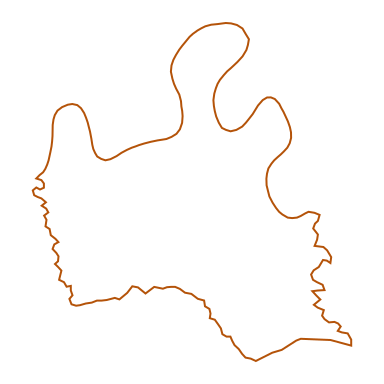 the district of Alpestre, Rio Grande do Sul, Brazil
{"feature_id": "56859067B81551762900841", "entity_name": "Alpestre", "entity_type": "district", "adm_level": 2, "iso_a3": "BRA", "parent_name": "Brazil", "parent_adm1": "Rio Grande do Sul", "projection": "orthographic", "projection_center": [-53.064, -27.203], "detail": "fine", "context": "isolated", "style": "outline", "palette": "amber", "viewbox_px": 384, "rotation_deg": 0, "n_neighbors": 0, "source": "geoboundaries", "source_scale": "gbopen_adm2", "svg_char_len": 3169}
<svg xmlns="http://www.w3.org/2000/svg" viewBox="0 0 384 384"><path d="M248.9,39.2L245.7,34.0L242.5,28.5L237.0,25.0L231.1,23.4L225.8,23.0L221.9,23.5L217.4,24.1L211.2,24.7L205.3,26.3L201.3,28.3L197.5,30.5L192.8,33.9L189.6,36.8L185.9,41.3L182.2,45.8L179.3,49.6L176.0,54.9L173.4,59.8L171.5,65.4L170.9,71.7L172.4,78.7L174.0,83.8L176.1,88.6L179.3,94.6L181.0,101.2L181.4,106.5L182.2,111.0L182.6,116.1L182.1,122.9L179.9,129.3L176.5,133.8L171.5,136.9L166.4,139.0L162.7,139.6L157.6,140.4L150.8,141.8L144.2,143.5L139.0,145.1L135.6,146.4L131.8,147.7L126.9,149.9L121.5,152.8L116.6,156.1L110.4,159.2L105.4,160.3L101.2,158.9L97.2,156.5L95.1,153.0L93.3,149.0L92.3,144.8L91.4,138.9L90.0,131.5L88.8,126.9L87.7,122.5L86.1,117.9L84.1,113.0L81.0,108.2L77.3,105.1L72.3,104.0L67.8,104.7L62.1,107.1L57.5,110.6L54.8,115.1L53.5,119.4L52.7,124.9L52.6,130.4L52.5,136.1L52.1,141.4L51.5,146.5L50.4,152.0L49.5,156.2L48.6,160.3L47.2,164.6L45.3,168.9L43.1,172.3L39.7,175.0L36.3,178.5L41.4,180.1L43.9,183.5L43.9,187.7L40.0,189.5L36.3,187.5L32.8,190.4L34.2,195.2L37.7,197.0L41.4,198.4L45.9,202.3L41.7,205.7L46.2,208.6L48.3,212.4L44.1,215.6L46.5,219.8L45.5,226.4L49.6,229.0L50.8,235.2L55.5,238.9L58.4,242.1L54.3,244.4L52.6,249.0L56.3,252.9L58.5,256.3L58.0,261.3L55.0,264.0L57.9,266.8L61.4,270.6L60.1,275.8L59.1,279.8L64.0,282.2L66.6,286.7L70.8,285.9L70.8,290.5L72.5,295.3L69.4,298.9L71.5,304.3L76.1,305.7L79.9,305.2L85.8,303.5L91.8,302.6L96.9,300.6L101.5,300.6L106.7,300.0L110.6,299.0L114.8,297.9L119.4,299.4L127.2,292.9L132.3,286.3L138.0,287.4L145.5,293.5L154.2,286.9L162.9,288.7L167.0,287.2L170.7,286.9L175.2,286.9L179.9,288.9L185.0,292.7L191.4,293.9L197.8,298.8L204.1,300.5L205.0,306.3L209.4,308.9L210.5,313.5L209.8,318.2L214.8,319.7L218.1,324.3L220.9,328.4L222.4,334.2L226.5,336.6L230.4,336.6L232.2,340.8L234.5,345.1L238.8,349.1L242.1,353.9L245.5,357.6L250.7,358.6L255.8,361.0L272.3,352.7L281.7,349.9L296.2,340.6L300.8,338.8L330.5,340.0L351.2,345.6L351.2,339.6L347.7,333.4L341.8,332.4L337.8,330.9L340.7,326.5L338.1,323.5L334.5,321.9L329.0,322.4L324.5,319.1L322.1,315.7L323.8,310.1L317.7,307.6L313.9,304.8L320.3,299.5L316.3,295.5L312.4,291.2L317.8,290.5L324.5,290.1L322.6,284.8L316.9,282.1L313.0,279.8L311.1,274.5L313.7,270.3L318.8,267.0L323.0,260.0L326.8,260.6L330.4,263.0L331.2,257.1L327.1,250.3L323.4,247.0L314.6,245.9L317.1,239.7L317.9,234.5L313.2,228.5L315.0,223.6L317.9,220.9L319.6,214.9L314.5,212.8L308.5,211.8L305.2,213.4L300.7,216.0L297.0,217.6L292.2,218.1L287.7,217.6L282.4,214.5L279.1,211.8L276.0,207.9L272.6,202.7L269.4,196.5L267.9,190.6L266.6,185.3L266.4,178.7L267.0,173.7L268.4,168.4L271.5,163.6L274.2,160.3L277.8,157.0L280.7,154.5L283.8,151.5L287.3,147.7L289.7,143.3L291.1,137.9L291.0,132.3L289.9,127.1L287.9,121.4L285.5,116.2L283.4,111.7L281.5,108.4L279.2,103.8L274.8,99.0L270.9,97.4L267.0,97.5L262.7,100.1L258.0,105.5L255.1,110.2L252.7,114.1L249.1,118.7L245.9,122.7L242.2,126.6L236.4,129.9L230.6,131.3L226.0,129.9L221.9,127.9L218.8,122.7L216.2,116.5L214.8,111.1L213.9,106.0L213.4,100.2L214.3,93.6L215.9,88.2L217.6,83.8L219.9,79.9L223.8,75.1L227.2,71.3L230.9,68.1L233.6,65.6L237.5,61.9L242.6,56.3L246.4,50.0L247.9,45.0L248.9,39.2Z" fill="none" stroke="#b45309" stroke-width="2"/></svg>